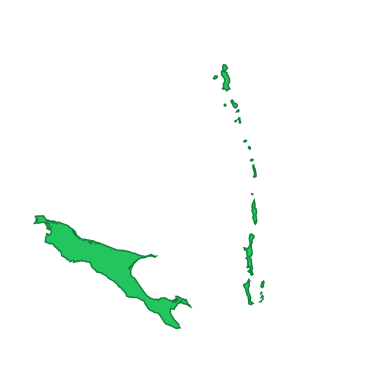 map outline of Sakhalin (Robinson projection), rotated 303°
{"feature_id": "RUS-2616", "entity_name": "Sakhalin", "entity_type": "Region", "adm_level": 1, "iso_a3": "RUS", "parent_name": "Russia", "parent_adm1": "", "projection": "robinson", "projection_center": [146.417, 48.915], "detail": "fine", "context": "isolated", "style": "filled", "palette": "green", "viewbox_px": 384, "rotation_deg": 303, "n_neighbors": 0, "source": "natural_earth", "source_scale": "10m", "svg_char_len": 5891}
<svg xmlns="http://www.w3.org/2000/svg" viewBox="0 0 384 384"><g transform="rotate(303 192 192)"><path d="M83.2,76.7L83.4,78.0L84.1,77.8L83.9,77.2L84.9,77.4L85.2,77.0L84.8,76.1L85.8,75.2L85.8,74.2L86.5,74.0L91.1,80.5L89.1,85.1L88.3,85.7L89.7,86.0L90.7,89.3L89.5,86.6L88.9,87.0L89.2,87.9L90.5,89.5L90.1,90.1L91.1,90.5L90.6,90.9L91.8,91.5L90.4,92.2L91.3,92.8L92.1,92.3L92.6,93.2L92.6,94.2L91.7,94.4L92.4,95.3L92.1,96.1L93.6,95.7L94.0,96.5L96.3,106.9L95.7,108.2L95.7,112.5L95.1,115.7L93.3,118.1L93.4,116.3L94.7,115.5L94.0,115.1L95.1,112.8L94.5,112.6L92.0,118.1L92.8,118.0L93.0,118.6L92.5,122.7L91.9,122.0L91.6,123.1L92.3,123.4L92.6,125.4L92.0,126.0L92.6,127.1L92.6,127.9L93.4,128.3L93.9,127.6L95.1,131.5L94.1,132.1L93.5,135.4L95.4,135.6L95.2,133.9L95.9,132.8L96.3,134.5L97.2,135.6L97.6,139.1L96.8,138.6L96.0,139.0L97.6,140.3L97.7,141.9L98.3,141.7L98.3,141.2L97.9,139.9L98.4,140.4L102.5,161.0L106.0,167.2L108.1,173.0L108.2,175.3L109.7,177.9L109.6,179.6L110.6,183.7L112.3,187.5L113.2,188.8L117.4,191.8L117.6,195.8L118.5,196.8L117.2,196.5L116.5,193.2L114.3,190.2L110.7,187.6L109.9,186.2L106.8,183.6L100.5,182.3L101.2,181.8L97.0,181.5L95.7,180.4L93.2,180.6L93.1,181.0L94.4,181.7L94.4,182.3L100.1,182.3L95.1,182.6L91.7,183.8L88.9,186.4L88.3,188.1L88.4,190.9L85.0,198.5L80.4,210.4L80.4,215.6L81.1,218.3L83.7,222.6L83.2,222.7L86.0,223.8L88.3,226.7L88.7,229.0L88.5,230.6L89.9,234.6L89.6,234.9L90.9,235.1L89.4,235.6L89.3,236.2L90.2,236.9L90.8,238.5L92.0,238.3L93.7,239.0L94.5,238.5L93.9,237.6L91.2,236.9L90.8,236.2L91.3,235.6L93.4,236.6L95.1,236.5L95.7,235.4L96.1,235.9L96.7,237.1L96.9,241.1L97.7,244.1L97.4,245.2L98.5,245.6L95.9,249.6L95.8,251.8L95.0,253.2L94.9,248.9L93.5,244.9L93.5,243.2L94.2,243.1L94.5,242.2L94.1,241.8L92.5,241.6L93.0,242.6L90.5,240.8L88.9,241.1L86.6,240.5L84.2,240.9L83.5,240.0L83.1,237.8L81.2,238.2L78.4,240.1L77.5,241.8L75.2,246.7L73.7,253.1L72.2,253.9L71.6,255.9L69.0,253.0L68.5,247.7L67.2,242.1L67.4,240.7L71.7,231.0L71.7,228.5L70.4,225.8L70.7,224.2L70.1,221.8L70.4,219.0L72.7,213.7L74.4,211.3L73.6,203.4L70.1,197.5L69.1,193.9L71.0,192.0L70.9,191.1L72.3,187.7L72.1,186.9L73.0,184.8L72.8,182.3L74.0,179.1L74.7,174.5L74.2,169.7L75.1,165.7L74.6,161.4L74.8,159.8L73.1,155.9L74.1,152.4L74.2,150.1L74.8,148.6L76.9,145.7L77.3,144.0L75.7,140.9L75.9,139.7L74.2,137.5L74.6,137.0L74.3,136.4L72.0,134.6L72.0,133.5L70.8,133.4L70.0,132.2L67.9,130.6L69.9,131.2L70.1,130.7L70.0,129.4L67.2,127.7L67.8,127.1L67.4,123.5L68.3,121.8L67.7,120.7L68.0,119.4L67.5,118.5L67.8,117.2L69.9,115.4L71.0,112.8L70.4,112.5L71.0,111.1L71.6,106.5L72.6,103.7L72.4,102.6L71.2,100.8L70.7,98.4L70.9,97.0L70.2,96.3L73.4,94.5L78.1,93.0L78.3,94.8L78.0,95.3L78.4,96.1L81.5,96.1L82.6,95.3L83.6,93.6L85.4,93.0L83.8,92.0L82.6,92.6L82.4,90.2L84.8,89.7L86.0,90.6L87.5,89.2L87.2,87.1L86.4,86.3L85.3,89.0L84.2,89.4L85.9,85.9L86.0,84.1L82.1,79.9L81.2,78.1L79.2,76.6L81.8,77.3L83.2,76.7ZM188.5,266.3L189.2,267.3L188.8,268.1L187.8,268.5L184.7,268.5L182.2,269.9L179.4,270.5L173.1,276.1L170.5,276.5L169.4,275.1L168.5,275.4L168.0,276.4L168.4,277.3L166.8,279.1L162.2,282.7L161.1,284.4L159.1,284.7L158.1,285.4L156.4,287.9L154.7,287.4L154.9,286.4L156.2,285.1L156.0,283.5L157.1,284.8L157.8,284.0L157.1,282.6L158.7,283.2L160.6,281.5L160.7,280.6L159.2,280.2L158.8,279.7L159.0,279.1L159.8,278.9L160.9,279.7L161.7,278.2L165.3,276.0L166.0,273.4L167.9,273.9L170.3,271.3L172.7,270.4L172.1,267.6L173.5,266.1L174.6,269.2L175.8,269.9L180.0,269.3L184.3,265.3L187.2,264.0L188.4,264.1L189.3,264.9L188.5,266.3ZM310.5,154.0L311.1,154.9L311.1,156.5L309.4,157.4L309.3,158.9L306.9,162.2L305.9,162.5L305.1,163.6L302.6,163.7L300.6,164.6L299.0,167.6L298.4,167.5L298.6,166.5L295.8,166.1L296.4,164.2L296.2,163.0L295.1,162.0L295.3,161.3L297.3,161.4L299.3,159.7L303.4,159.0L304.8,157.4L306.5,152.9L308.9,151.2L309.5,151.0L310.2,151.7L310.5,154.0ZM145.4,287.8L149.6,287.3L148.6,289.2L147.5,288.8L144.9,291.0L141.6,291.6L138.2,294.6L137.5,296.5L136.3,297.0L135.7,298.6L133.6,299.3L132.3,300.4L131.7,304.7L131.7,303.3L131.0,302.9L129.8,303.1L129.2,300.7L134.8,296.2L135.9,293.8L137.1,293.0L137.8,291.6L139.1,290.9L141.7,286.1L142.8,286.0L145.4,287.8ZM214.9,249.2L219.0,248.7L215.4,252.0L213.4,252.9L212.5,254.1L212.6,255.2L209.6,257.5L207.9,257.8L203.0,262.1L202.4,262.2L201.9,261.5L201.5,262.6L199.5,262.6L200.3,260.8L201.5,260.0L203.4,256.9L205.9,256.3L209.5,252.1L212.3,251.5L212.8,250.8L212.3,250.3L214.9,249.2ZM315.9,149.1L316.8,151.3L315.2,154.2L313.0,154.1L311.4,153.0L311.1,151.9L311.6,151.0L314.1,149.4L315.9,149.1ZM289.8,175.1L291.0,175.5L290.6,177.3L289.4,178.7L290.1,181.5L289.8,182.4L288.2,183.3L286.2,182.8L286.1,181.3L286.6,179.9L288.6,177.0L288.4,176.2L289.8,175.1ZM246.8,229.4L248.0,228.7L248.3,229.1L246.4,230.6L246.0,231.8L243.7,234.3L240.8,236.7L240.0,237.2L238.4,236.3L238.3,235.4L241.2,234.9L247.1,228.4L246.8,229.4ZM154.5,299.8L156.2,300.5L155.7,301.4L152.1,302.7L151.6,303.4L150.2,302.9L150.2,301.3L154.5,299.8ZM300.8,150.4L299.2,149.5L298.8,148.8L299.2,148.0L301.9,148.2L302.6,149.1L302.6,150.4L300.8,150.4ZM279.9,190.8L280.0,191.8L277.4,193.9L277.3,194.7L275.9,194.7L276.2,193.8L278.0,192.5L278.3,191.2L279.9,190.8ZM285.6,185.7L286.3,186.7L284.8,187.3L283.5,185.7L285.6,185.7ZM251.7,223.9L252.3,224.7L252.2,225.7L250.2,224.8L250.4,223.9L251.7,223.9ZM260.3,214.9L261.0,215.1L261.2,216.1L260.9,216.9L259.7,217.4L259.5,216.0L260.3,214.9ZM264.7,208.9L264.8,209.7L263.8,209.8L262.5,208.6L262.6,208.0L263.4,207.9L264.7,208.9ZM141.0,307.6L143.6,307.3L143.2,308.4L142.2,308.8L141.0,307.6ZM283.1,171.5L283.8,172.2L283.1,173.3L282.5,173.3L281.8,172.3L283.1,171.5ZM274.7,189.4L276.4,190.3L275.5,190.6L274.5,190.0L274.7,189.4ZM137.2,309.0L138.6,309.7L137.7,309.8L137.2,309.0ZM223.0,243.2L223.4,244.2L222.5,243.9L223.0,243.2ZM145.8,305.0L145.6,305.4L144.3,305.2L145.2,304.7L145.8,305.0ZM141.2,309.2L141.0,309.9L140.0,310.0L141.0,309.5L141.2,309.2ZM83.4,76.7L84.2,76.4L84.5,76.5L83.4,76.7Z" fill="#22c55e" stroke="#15803d" stroke-width="1.5"/></g></svg>